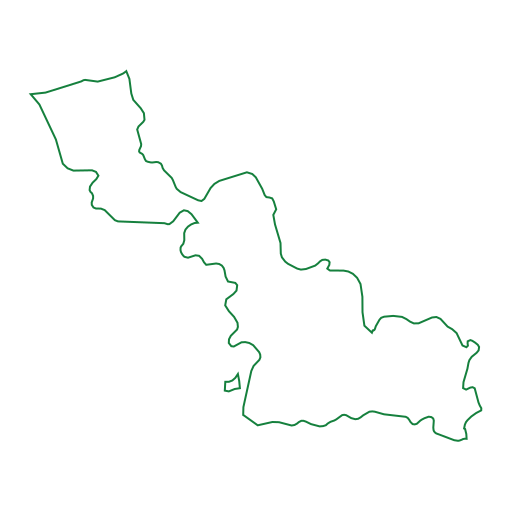 the Metropolitan department of Nord
{"feature_id": "FRA-5330", "entity_name": "Nord", "entity_type": "Metropolitan department", "adm_level": 1, "iso_a3": "FRA", "parent_name": "France", "parent_adm1": "", "projection": "albers", "projection_center": [3.256, 50.528], "detail": "fine", "context": "isolated", "style": "outline", "palette": "green", "viewbox_px": 512, "rotation_deg": 0, "n_neighbors": 0, "source": "natural_earth", "source_scale": "10m", "svg_char_len": 3748}
<svg xmlns="http://www.w3.org/2000/svg" viewBox="0 0 512 512"><path d="M126.3,71.2L129.4,78.9L131.3,93.5L133.3,99.9L140.7,108.2L143.9,113.2L144.5,119.8L143.3,121.8L138.5,126.5L137.2,129.5L141.2,144.1L141.0,146.2L139.3,149.9L139.1,151.4L139.7,152.5L142.2,153.9L143.2,155.0L144.9,159.2L146.0,161.0L147.6,161.7L150.6,162.4L152.3,162.5L156.2,162.0L158.2,162.2L160.9,163.7L162.0,165.6L162.6,167.9L164.0,170.3L171.7,177.9L172.9,180.1L175.6,186.8L176.7,188.8L180.6,192.1L197.3,199.9L198.2,200.3L201.5,201.0L204.3,198.9L210.6,188.0L214.4,183.9L219.3,180.9L230.2,177.5L246.9,172.3L252.3,174.0L255.8,177.3L259.3,183.6L262.2,188.8L264.7,195.1L266.4,197.1L269.4,197.5L272.2,198.4L273.8,201.5L276.2,209.3L273.3,214.9L275.0,224.4L280.5,243.0L280.8,253.6L281.9,257.3L285.2,261.6L288.0,263.8L297.2,268.6L300.9,269.6L306.0,269.0L315.2,265.6L318.0,263.4L320.1,261.3L322.3,259.9L325.3,259.6L328.3,260.5L329.6,262.2L329.3,264.9L327.3,268.6L329.9,270.5L343.5,270.6L348.3,271.5L352.9,273.8L357.1,277.8L360.5,284.0L362.4,296.8L362.5,312.2L364.4,325.7L371.9,332.7L372.7,330.5L373.0,330.3L373.3,330.6L374.3,330.0L374.9,329.0L375.8,326.2L379.5,319.7L381.2,317.8L384.1,316.7L393.2,315.9L402.0,316.9L406.4,319.1L410.0,321.6L413.8,323.4L418.6,323.3L432.0,317.5L436.4,317.0L440.5,318.9L447.6,326.6L452.2,329.2L456.6,333.1L462.5,345.5L466.4,347.2L467.9,345.7L467.6,343.4L467.7,341.3L470.4,340.1L472.3,340.8L475.1,342.6L477.8,344.8L479.1,347.0L478.6,350.4L476.6,352.8L471.7,356.8L469.4,360.1L468.5,362.8L467.4,368.8L463.5,382.1L463.1,388.1L466.1,389.6L470.3,387.6L472.6,387.2L474.7,388.3L478.5,402.5L479.8,405.6L481.3,408.2L481.2,410.4L476.2,413.0L471.3,416.5L467.5,420.2L466.0,422.1L464.9,424.6L464.1,428.5L465.1,429.0L466.3,434.0L466.6,438.8L465.1,438.7L464.9,438.7L462.9,439.1L462.0,439.6L459.7,440.5L458.1,440.8L454.2,440.2L436.2,433.4L435.0,432.5L434.1,431.4L433.7,430.6L433.5,429.6L433.3,427.5L433.8,420.6L433.2,418.5L431.4,417.1L428.7,416.7L424.5,418.2L421.8,419.6L420.2,420.7L416.8,423.8L414.7,424.4L412.6,424.1L410.5,422.0L409.2,419.8L407.7,417.9L405.7,416.8L384.0,414.3L374.8,411.7L372.3,411.4L369.4,411.7L363.2,415.3L360.7,417.3L358.1,418.8L355.3,419.2L351.2,418.1L346.2,415.2L344.2,414.8L342.2,415.1L336.3,419.4L334.3,420.5L330.8,421.7L329.5,422.4L327.6,423.6L325.9,425.2L323.1,426.1L319.7,426.4L311.0,424.1L305.9,421.6L303.5,420.8L301.3,420.8L298.8,422.1L297.0,423.6L294.5,425.0L291.6,425.5L279.0,422.2L272.4,422.0L257.7,425.3L244.3,415.7L243.2,415.0L243.4,407.1L251.3,371.0L253.6,365.9L259.4,359.8L260.4,357.3L260.2,354.6L259.2,352.2L253.2,345.2L249.3,343.0L245.3,342.1L241.5,342.3L233.8,346.5L231.3,346.2L228.8,343.0L229.0,339.3L230.8,335.8L237.1,329.5L237.9,326.9L237.5,322.8L234.1,316.9L228.9,311.2L225.2,305.4L226.3,299.3L233.4,294.0L236.5,290.6L237.2,285.2L235.3,282.9L228.0,281.5L225.6,276.6L224.5,270.4L223.6,267.9L221.9,265.6L219.2,264.0L216.1,263.5L206.2,264.8L204.0,262.3L202.1,258.8L199.1,255.8L195.5,255.3L188.0,257.7L184.4,256.8L183.2,255.6L182.0,254.0L181.0,252.1L180.5,250.1L180.6,247.6L181.2,246.3L183.3,243.8L184.3,240.2L184.2,233.1L185.5,229.5L188.0,226.6L191.2,224.4L194.6,223.0L197.8,222.7L191.5,214.2L187.7,211.1L183.9,210.3L179.7,212.7L173.2,221.3L169.4,224.1L167.7,224.2L164.5,223.2L118.0,221.4L114.9,220.2L104.7,210.1L100.9,208.6L95.9,208.5L93.5,207.5L91.8,204.9L91.7,202.5L93.1,198.4L93.1,195.9L92.0,193.3L90.5,191.9L89.6,190.1L90.0,186.6L92.6,182.7L96.3,179.1L98.4,175.7L96.0,171.9L92.0,170.3L73.4,170.6L67.6,168.3L62.8,163.7L55.9,139.5L39.4,104.5L30.7,94.2L45.5,92.6L81.3,81.4L83.5,80.2L85.2,79.9L97.7,81.6L114.7,77.3L123.1,73.5L126.2,71.3L126.3,71.2ZM237.9,374.0L239.2,381.0L239.9,388.2L234.7,389.0L228.8,391.4L224.8,390.6L225.3,381.8L228.9,381.8L232.3,380.5L235.3,377.9L237.9,374.0Z" fill="none" stroke="#15803d" stroke-width="2"/></svg>